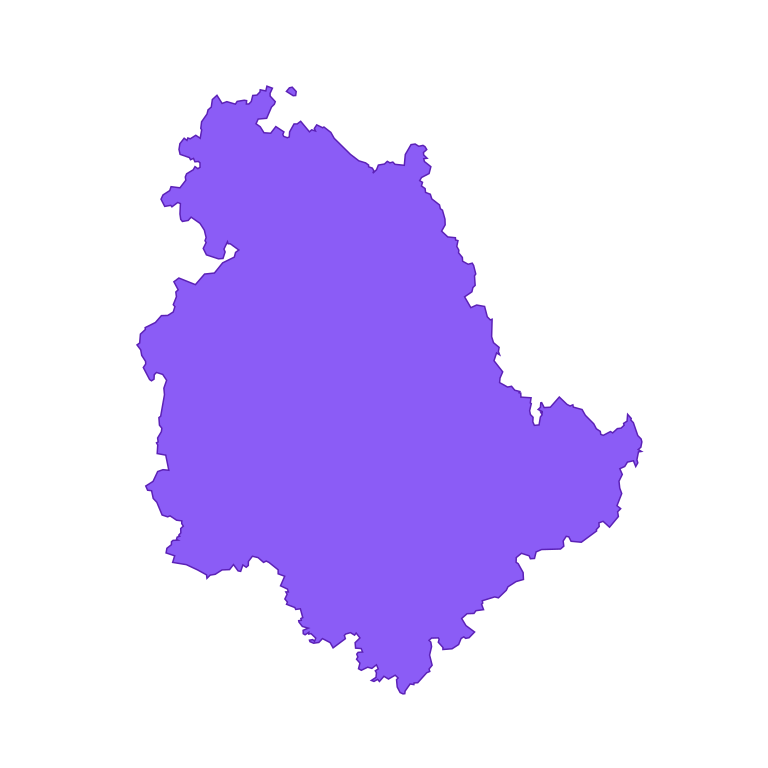 the district of Umbria, Perugia, Italy, rotated 353°
{"feature_id": "23120603B26790412086965", "entity_name": "Umbria", "entity_type": "district", "adm_level": 2, "iso_a3": "ITA", "parent_name": "Italy", "parent_adm1": "Perugia", "projection": "orthographic", "projection_center": [12.541, 42.991], "detail": "fine", "context": "isolated", "style": "filled", "palette": "violet", "viewbox_px": 768, "rotation_deg": 353, "n_neighbors": 0, "source": "geoboundaries", "source_scale": "gbopen_adm2", "svg_char_len": 6138}
<svg xmlns="http://www.w3.org/2000/svg" viewBox="0 0 768 768"><g transform="rotate(353 384 384)"><path d="M257.5,85.8L253.4,77.1L248.3,80.7L246.3,88.1L242.8,90.4L241.2,94.5L234.9,101.5L233.3,108.0L234.0,109.5L231.5,117.7L227.5,114.2L221.6,117.0L219.3,115.9L218.1,118.2L215.6,115.7L210.7,120.6L209.1,126.2L209.6,131.2L218.5,135.6L219.3,137.8L222.4,136.9L223.4,140.4L226.9,140.5L228.3,142.0L227.8,146.5L225.5,147.6L222.9,145.2L220.8,148.1L213.7,151.3L212.0,154.3L212.1,157.6L205.4,164.4L196.7,162.2L194.9,165.9L187.7,169.4L185.2,173.4L188.0,181.0L194.1,180.7L195.1,182.3L201.4,178.7L203.9,180.1L202.2,190.4L202.3,195.8L203.7,198.1L209.6,197.8L212.9,194.9L220.9,202.1L224.4,209.3L225.3,217.0L223.8,220.0L224.7,221.9L221.1,227.4L223.5,234.2L235.0,239.6L239.5,239.8L242.4,233.6L241.6,230.6L246.0,223.7L246.4,225.8L248.5,226.1L256.2,233.3L252.7,235.3L250.9,239.8L238.6,244.1L229.2,253.2L219.3,253.0L208.9,262.4L193.3,253.8L187.9,256.9L191.2,265.4L188.6,267.3L188.6,272.1L184.5,279.6L185.9,281.7L183.6,286.8L177.7,289.6L171.4,289.0L164.6,295.1L153.8,298.9L153.8,300.8L148.3,304.8L146.5,313.5L143.6,315.1L146.7,320.5L147.0,326.1L150.1,332.5L149.9,335.1L147.1,338.3L151.9,351.0L153.6,352.5L156.3,351.2L157.1,346.8L159.6,344.8L165.5,347.5L168.7,353.8L165.0,361.3L164.8,367.9L158.4,388.8L156.5,389.9L156.1,397.5L158.1,400.8L157.2,404.2L152.7,410.0L152.8,413.9L151.0,414.7L152.0,416.9L150.4,425.4L158.7,428.0L159.9,443.4L154.2,442.1L148.7,443.3L142.9,452.5L135.1,456.2L136.4,460.6L140.3,461.6L141.0,469.5L144.1,473.7L147.8,487.0L153.1,489.5L155.6,488.8L161.5,493.9L166.6,495.2L166.2,497.9L167.5,500.6L164.6,502.7L164.2,507.0L161.9,509.0L162.7,510.2L160.0,510.8L159.1,512.9L160.5,513.9L155.5,513.5L153.8,514.7L153.4,517.6L148.5,520.6L147.1,525.1L155.3,529.0L152.5,535.3L165.8,539.2L176.3,545.8L184.6,551.8L184.6,555.3L188.2,552.5L193.3,552.3L200.6,548.8L208.1,549.4L212.6,544.9L216.4,551.7L218.9,552.5L221.9,546.4L224.9,549.1L227.2,547.6L227.8,543.6L232.4,538.9L237.9,541.0L242.7,546.4L245.5,545.4L248.1,547.1L256.3,555.5L255.8,559.5L262.0,562.7L256.7,571.7L263.2,575.8L263.7,578.7L261.2,578.4L262.2,580.9L259.4,585.3L261.6,588.7L260.4,590.8L268.3,595.0L268.9,597.0L273.6,596.9L274.9,606.0L272.9,606.6L273.1,608.5L270.5,608.5L270.6,610.0L273.4,614.7L279.1,617.1L273.7,618.6L273.4,622.0L275.1,623.3L279.1,621.3L278.8,623.0L281.2,622.9L285.3,627.9L283.7,630.9L282.1,629.0L278.8,629.2L279.1,630.7L282.5,632.7L287.8,632.6L291.9,629.2L299.0,634.1L301.3,639.7L314.6,632.1L314.0,628.7L315.5,627.5L320.4,626.7L324.2,629.7L326.0,627.8L329.2,633.1L323.8,637.2L323.6,642.7L329.1,643.8L330.1,647.4L325.6,647.2L324.0,648.8L324.8,651.8L323.2,653.8L326.1,658.1L324.0,663.5L326.6,665.4L333.3,663.1L337.3,664.8L342.3,661.8L343.6,666.1L340.4,667.6L341.3,669.7L340.3,674.2L335.3,676.7L337.8,678.0L341.7,676.4L343.2,678.7L348.3,674.1L352.5,677.4L359.6,674.4L362.2,677.5L360.4,679.0L360.2,686.4L362.4,692.2L365.1,693.9L366.9,693.9L367.5,691.4L373.4,684.9L377.0,686.0L377.4,684.4L381.1,684.6L391.2,675.8L394.4,674.9L394.0,672.4L397.5,669.0L396.2,658.6L399.2,650.5L399.0,645.9L397.4,643.9L400.2,642.0L407.0,642.6L407.6,644.2L406.4,646.9L410.4,652.7L410.1,654.7L419.3,655.1L426.3,651.7L429.5,646.0L432.4,644.7L434.0,646.4L437.5,646.2L443.7,641.2L435.9,633.8L432.5,626.2L438.5,622.1L445.3,622.7L447.7,620.2L455.3,620.1L454.0,614.5L455.3,613.5L455.1,611.1L468.0,608.8L471.5,610.2L480.2,603.7L482.3,600.4L491.0,596.2L498.6,595.0L499.1,588.1L495.3,578.7L493.4,577.1L494.1,572.4L499.8,568.8L507.1,572.2L508.0,575.3L512.1,575.5L514.5,569.2L520.2,567.5L539.1,569.3L542.7,566.9L542.7,561.7L546.3,557.4L548.8,558.2L550.5,562.9L560.6,565.1L577.1,555.8L577.0,554.4L580.2,551.7L580.4,548.0L584.7,547.0L590.4,553.6L600.5,544.1L600.3,539.3L603.7,536.6L600.4,533.2L606.6,521.7L605.3,516.1L605.4,509.1L609.5,502.8L607.7,496.8L612.9,495.2L616.1,491.2L622.2,490.6L623.8,496.6L626.3,493.2L625.8,490.0L628.3,482.4L631.3,482.3L628.3,480.0L631.2,478.1L632.9,472.9L632.5,469.9L629.6,466.1L626.8,452.8L624.6,449.8L625.2,448.3L622.1,443.8L620.7,450.5L617.0,452.3L617.3,454.2L613.9,456.7L610.2,456.7L605.0,460.4L603.0,458.8L595.3,461.7L593.0,460.4L592.9,457.4L589.3,454.3L587.3,449.0L580.0,439.6L577.5,433.5L569.1,430.0L568.9,427.7L566.0,428.5L563.1,426.5L556.4,418.3L546.3,427.3L540.1,426.9L538.2,421.7L537.3,421.8L536.4,426.2L533.9,428.1L537.7,430.6L537.6,431.8L536.2,431.3L537.2,433.8L535.2,435.8L532.9,443.5L528.2,443.4L527.1,439.7L527.9,435.2L525.6,432.1L525.3,428.2L527.8,421.4L526.9,420.6L528.3,415.6L518.3,413.7L518.6,409.7L517.0,409.1L517.9,408.0L513.0,406.1L510.3,401.8L506.3,402.1L498.9,396.7L499.9,392.2L503.3,386.4L496.0,374.3L499.5,366.9L502.3,369.1L501.5,365.8L502.7,361.7L497.7,356.3L496.6,350.1L499.2,332.9L497.3,333.3L494.7,329.9L493.3,319.3L485.6,316.9L479.5,318.8L474.6,307.3L482.5,303.2L484.0,299.1L486.5,297.2L487.0,287.7L488.5,286.0L487.4,277.3L486.3,274.8L482.1,275.4L477.0,271.7L477.2,267.9L474.0,262.9L474.6,260.3L473.0,256.3L474.9,250.7L472.6,249.8L472.7,247.5L465.2,245.8L459.8,239.3L464.1,233.5L464.6,227.8L463.2,218.6L461.3,216.9L460.9,213.0L454.0,206.1L453.1,201.3L448.6,198.9L448.6,195.0L445.3,192.0L446.8,188.5L444.2,186.5L446.4,183.6L454.4,180.6L457.0,174.0L451.2,168.1L450.9,165.2L454.3,165.2L451.3,161.5L451.4,159.0L455.0,156.5L453.6,153.4L451.8,151.9L447.5,152.3L444.2,149.6L440.0,149.7L433.1,158.8L430.8,169.4L421.7,167.3L419.8,164.8L416.8,165.2L414.4,163.4L411.3,165.7L405.1,166.0L402.7,170.4L398.7,173.4L399.9,171.1L398.7,168.3L395.2,166.5L395.4,164.8L392.7,162.3L386.2,159.4L378.6,151.9L364.5,134.1L361.9,127.8L355.7,121.6L354.4,122.2L348.8,118.6L346.0,121.9L346.8,124.5L343.2,122.9L340.7,124.6L333.3,113.1L329.5,115.3L326.4,114.9L321.0,122.3L320.1,127.2L318.1,127.8L314.6,126.0L314.0,123.9L315.4,121.6L308.0,115.3L302.1,121.3L295.5,120.0L292.5,113.6L288.7,110.1L291.4,105.7L299.9,106.0L306.1,95.4L309.3,92.9L310.5,90.5L306.1,84.4L306.3,81.7L309.3,76.8L304.1,74.1L302.4,78.7L297.0,76.9L296.5,79.0L293.0,81.8L288.9,81.6L286.7,87.4L284.0,89.6L281.5,89.3L282.2,86.0L279.8,85.3L272.7,85.6L270.6,88.1L262.4,84.6L257.5,85.8ZM329.1,78.2L326.2,78.5L322.8,81.7L329.0,86.8L331.5,86.9L332.5,83.0L329.1,78.2Z" fill="#8b5cf6" stroke="#5b21b6" stroke-width="1.5"/></g></svg>